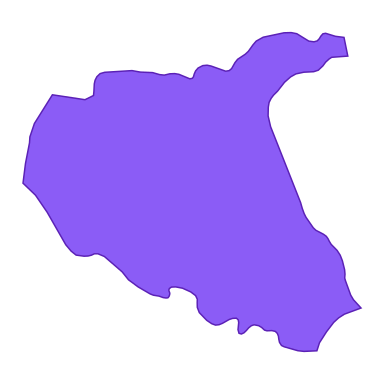 map outline of Vrancea (Mercator projection)
{"feature_id": "ROU-317", "entity_name": "Vrancea", "entity_type": "County", "adm_level": 1, "iso_a3": "ROU", "parent_name": "Romania", "parent_adm1": "", "projection": "mercator", "projection_center": [27.101, 45.78], "detail": "fine", "context": "isolated", "style": "filled", "palette": "violet", "viewbox_px": 384, "rotation_deg": 0, "n_neighbors": 0, "source": "natural_earth", "source_scale": "10m", "svg_char_len": 2051}
<svg xmlns="http://www.w3.org/2000/svg" viewBox="0 0 384 384"><path d="M23.0,183.2L25.5,163.4L29.5,142.9L29.9,136.9L34.4,123.5L52.4,94.8L85.0,99.7L93.5,95.5L93.9,91.6L94.3,83.8L95.1,80.2L96.9,76.7L100.1,73.6L104.7,72.3L132.0,70.6L140.4,72.1L152.6,72.6L159.6,74.6L164.3,75.1L169.8,73.8L174.7,73.6L178.9,74.3L189.8,78.8L192.4,78.3L193.5,76.7L194.2,74.1L195.6,70.9L198.1,68.0L202.8,65.6L207.1,65.2L211.0,66.0L225.7,71.2L229.2,70.6L231.6,68.6L235.0,62.6L237.6,59.3L245.3,54.2L248.3,51.4L253.1,44.7L256.2,41.1L263.2,37.2L284.0,32.8L291.2,32.6L296.8,33.7L308.8,41.1L314.0,41.8L317.2,40.9L319.3,38.7L320.8,36.2L322.9,33.8L325.6,33.3L335.4,36.3L344.0,37.4L347.8,56.1L331.7,57.3L329.1,59.0L325.6,62.2L322.9,65.9L318.3,70.2L313.7,71.7L303.9,72.2L295.9,73.9L290.6,76.9L284.5,82.3L277.6,91.1L273.5,95.2L271.1,98.4L269.1,102.4L268.3,107.1L268.1,115.9L270.6,126.7L300.6,202.6L302.3,208.5L304.1,213.5L306.0,217.3L313.2,227.7L315.9,230.3L323.4,234.2L326.3,236.3L328.0,238.7L329.3,241.3L331.2,244.4L337.1,250.4L340.2,255.2L342.4,260.8L344.6,269.7L345.0,274.2L344.7,278.1L345.6,281.1L350.7,295.1L353.5,299.8L361.0,308.0L344.3,314.2L338.6,317.9L333.7,322.4L326.5,331.8L319.5,342.7L316.9,350.8L304.0,351.4L297.8,350.7L284.2,346.8L281.5,345.5L279.5,342.4L278.8,339.2L278.4,336.1L277.3,333.4L275.3,331.4L271.9,330.6L266.9,330.8L264.5,330.1L261.7,327.5L258.7,325.7L254.1,324.8L251.4,325.7L248.7,327.8L246.4,330.5L244.0,332.8L241.4,334.0L239.0,333.3L238.0,329.7L238.7,322.5L238.2,319.8L236.4,318.2L232.6,318.4L229.2,319.5L222.5,323.3L219.1,324.7L215.5,325.1L211.7,323.7L206.7,320.3L199.3,312.6L197.3,307.4L197.2,302.6L197.3,299.2L195.6,295.6L190.7,291.9L182.5,288.2L175.7,286.9L171.4,287.1L169.4,288.5L168.8,290.0L169.2,291.5L169.6,292.4L169.8,293.6L169.6,294.8L169.0,296.5L167.9,297.8L166.0,298.0L163.2,297.6L159.0,296.1L153.4,295.2L150.1,293.9L138.1,286.9L128.5,279.8L122.2,271.9L104.4,256.5L98.0,253.8L94.4,253.8L91.4,255.2L88.1,256.0L84.1,256.2L76.1,255.1L71.2,251.2L65.8,244.8L47.2,212.3L35.5,195.2L23.0,183.2Z" fill="#8b5cf6" stroke="#5b21b6" stroke-width="1.5"/></svg>